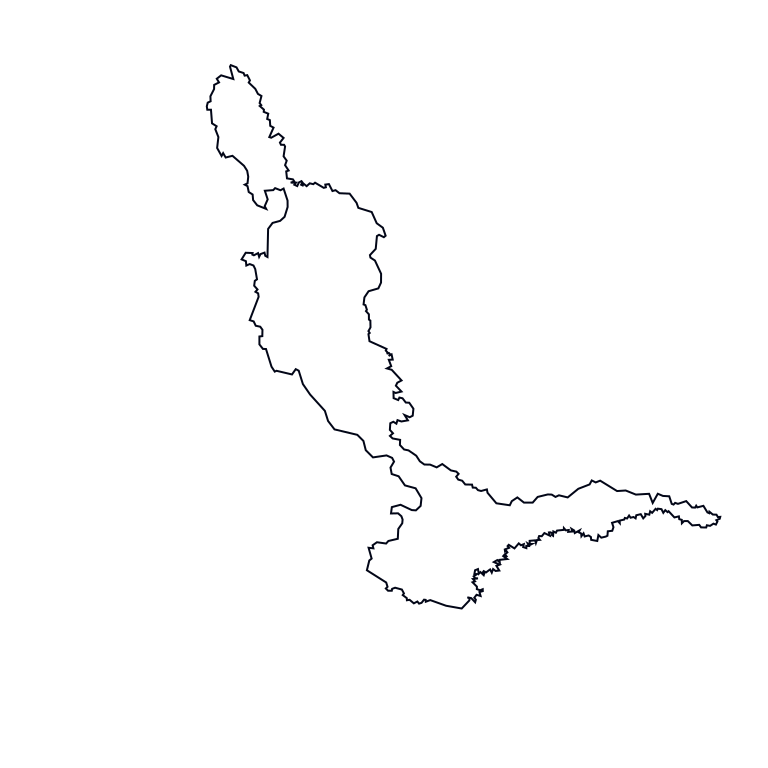 Medio San Juan (Andagoya), Chocó, Colombia (Robinson projection), rotated 315°
{"feature_id": "7082276B61520359869131", "entity_name": "Medio San Juan (Andagoya)", "entity_type": "district", "adm_level": 2, "iso_a3": "COL", "parent_name": "Colombia", "parent_adm1": "Chocó", "projection": "robinson", "projection_center": [-76.781, 4.808], "detail": "fine", "context": "isolated", "style": "outline", "palette": "ink", "viewbox_px": 768, "rotation_deg": 315, "n_neighbors": 0, "source": "geoboundaries", "source_scale": "gbopen_adm2", "svg_char_len": 6123}
<svg xmlns="http://www.w3.org/2000/svg" viewBox="0 0 768 768"><g transform="rotate(315 384 384)"><path d="M477.6,192.9L475.3,192.7L473.4,189.6L469.2,189.4L468.8,185.6L466.9,186.2L466.3,184.5L468.9,183.7L469.1,182.2L466.3,181.3L462.6,182.7L461.5,179.7L464.1,179.4L460.4,175.6L463.8,177.4L464.3,174.9L460.8,170.0L465.2,164.5L467.5,165.6L468.8,159.3L473.1,157.3L474.0,152.0L482.0,146.1L482.5,144.2L480.3,142.0L481.1,139.7L487.0,139.0L486.4,132.4L478.4,130.1L477.5,128.3L487.2,124.6L486.1,121.0L489.9,116.7L488.8,114.0L493.3,111.0L491.4,106.5L493.1,105.1L492.7,99.6L494.4,100.0L494.7,97.4L501.0,93.7L500.0,89.7L501.7,84.3L501.5,75.2L503.9,74.5L505.7,68.9L503.5,67.4L504.6,64.8L502.3,60.3L503.6,55.8L501.1,50.2L499.5,50.7L493.1,61.8L487.1,50.6L481.6,49.9L480.6,54.1L475.4,52.4L472.4,55.3L464.7,57.8L461.3,61.5L458.3,60.4L455.0,62.4L453.0,65.1L455.6,67.7L446.7,78.1L447.9,83.4L444.9,84.5L441.5,92.3L432.9,99.1L430.4,107.9L433.5,107.0L432.2,111.9L438.2,115.5L439.3,130.7L438.0,136.5L434.6,141.4L429.4,145.6L426.5,144.6L427.4,147.6L424.1,152.6L425.1,157.1L421.5,161.4L420.7,168.0L424.5,176.9L425.4,173.9L432.3,171.2L436.4,163.1L442.8,168.6L445.5,168.5L447.8,173.8L451.2,174.8L445.5,186.1L441.0,190.7L431.9,195.5L425.9,195.2L419.1,191.3L411.7,192.4L391.4,211.8L390.7,209.4L392.4,206.6L388.5,204.8L385.6,205.8L387.5,202.4L383.0,201.0L382.4,199.4L383.7,198.5L379.0,193.4L371.4,195.2L373.2,199.5L370.4,202.9L373.8,204.2L375.5,207.9L374.2,211.7L368.2,220.2L365.6,219.7L361.7,222.7L361.4,227.7L358.3,227.9L359.1,230.9L357.0,233.7L334.2,243.9L336.1,247.6L334.5,252.1L337.0,256.0L336.4,259.7L331.8,264.1L329.5,262.3L323.9,267.9L323.2,273.6L325.3,275.8L316.7,292.2L315.5,298.0L317.3,298.6L325.7,312.2L332.1,311.1L333.1,314.3L326.6,326.7L324.3,339.2L323.2,361.2L318.3,370.6L316.9,381.1L329.2,401.1L329.2,409.7L324.3,417.9L324.3,428.1L335.3,436.3L337.5,442.0L336.2,446.0L329.5,447.7L325.8,453.1L329.1,459.6L327.1,470.5L332.6,480.1L329.8,491.2L323.7,496.1L317.2,495.9L314.5,492.8L310.3,481.1L302.5,476.6L297.4,480.5L302.5,485.4L302.8,489.8L301.3,493.0L298.4,495.4L291.6,496.6L284.3,503.2L276.1,498.1L272.7,498.3L267.1,490.9L261.9,490.0L260.3,492.7L257.3,488.9L251.8,498.7L248.8,498.4L240.2,503.6L245.2,525.9L243.1,529.9L240.7,529.9L240.7,533.1L243.3,535.7L244.9,534.6L247.8,535.9L251.3,542.0L250.0,546.2L248.0,546.5L248.7,551.5L247.3,553.1L249.5,554.7L250.0,560.2L253.8,561.4L253.5,564.1L255.8,565.3L259.8,564.8L260.8,566.1L259.6,567.5L263.9,569.5L271.1,584.7L280.2,597.7L291.3,597.4L292.9,596.1L292.1,593.8L294.3,597.1L294.1,602.8L296.4,601.5L296.7,599.0L300.4,598.5L302.4,602.2L304.4,598.6L307.4,600.3L308.7,598.9L306.1,597.8L304.6,594.7L306.4,593.0L306.4,586.8L308.8,587.9L309.0,584.8L313.0,587.9L311.1,585.7L311.4,583.4L315.4,584.2L313.5,582.3L316.7,580.1L319.6,581.3L316.9,585.2L319.2,585.2L319.3,589.7L321.0,588.8L320.4,587.1L322.2,586.8L322.9,589.4L327.9,590.1L326.8,593.6L330.3,592.0L330.7,595.1L333.6,597.4L334.9,592.1L338.0,593.5L335.8,587.6L339.6,588.6L339.7,592.0L341.3,590.0L347.4,594.9L346.6,590.0L348.3,589.9L347.6,591.7L348.8,592.4L349.1,590.0L352.2,590.3L352.5,588.3L351.2,588.0L352.4,586.4L356.6,588.3L356.8,586.0L358.5,585.9L360.0,592.5L366.6,592.0L366.8,594.9L369.6,596.1L367.1,597.7L368.6,600.7L370.2,599.1L371.9,601.0L372.9,598.3L373.6,601.1L375.5,601.7L374.0,600.1L376.1,597.9L380.3,601.4L378.9,603.9L381.8,602.5L384.0,604.4L384.2,602.1L386.2,601.2L387.9,603.2L392.0,602.8L394.0,608.5L395.7,605.6L396.7,606.4L397.6,608.7L395.9,609.5L396.2,610.9L399.5,608.0L400.4,610.7L402.7,610.0L408.0,614.3L409.3,613.1L409.1,616.1L411.3,617.8L409.7,618.8L413.0,621.6L414.2,619.1L414.9,622.1L413.5,624.3L418.9,625.8L416.8,626.5L417.7,629.1L416.0,631.2L419.5,630.7L418.1,633.7L421.6,635.8L422.1,638.5L420.3,640.7L423.8,645.8L428.8,642.4L429.0,646.3L432.9,648.7L434.7,649.3L438.1,646.4L441.6,649.2L445.0,647.5L447.1,643.4L452.4,646.3L452.3,649.1L454.0,647.2L458.0,649.7L459.6,649.0L460.8,651.0L464.3,650.3L463.8,652.9L466.4,654.5L466.9,656.9L469.6,655.2L473.5,657.6L472.3,662.3L475.5,662.2L476.9,660.5L479.2,664.0L482.2,662.2L482.5,664.7L487.8,664.3L488.0,666.3L489.5,665.8L491.7,668.7L490.4,672.6L493.7,672.1L493.9,675.1L495.3,675.2L495.0,683.7L498.9,686.1L497.2,688.4L498.5,690.6L496.2,693.1L499.3,693.1L501.9,695.7L502.0,702.0L507.3,706.5L506.8,709.6L510.4,713.3L512.4,712.2L514.3,714.9L518.2,715.7L519.3,718.1L522.5,717.0L522.7,715.3L526.1,716.7L527.8,715.7L526.0,714.2L526.7,711.5L524.2,708.8L523.8,704.4L522.6,705.3L521.9,703.5L523.7,696.0L518.3,692.8L518.7,690.8L516.6,691.4L514.5,689.1L514.9,680.5L507.1,676.6L505.8,673.9L503.5,674.0L502.7,672.2L506.3,665.1L502.1,660.4L500.0,655.2L489.9,658.1L493.8,649.1L483.9,640.3L479.6,630.2L473.1,624.5L468.5,605.2L464.1,603.3L462.7,599.1L458.4,600.4L447.3,595.5L433.7,594.1L429.0,586.4L425.4,585.1L424.4,580.8L421.7,577.9L412.8,572.5L405.3,573.0L399.1,566.8L398.1,558.5L391.5,557.2L387.2,558.7L379.1,547.8L380.3,534.1L382.2,531.3L377.0,528.3L375.4,525.5L375.6,522.3L373.5,520.0L375.1,517.4L370.4,512.5L370.9,507.7L368.9,504.1L369.5,500.6L373.2,500.3L373.2,497.1L370.2,492.4L368.6,481.8L362.3,480.2L359.6,473.6L355.6,469.5L354.7,464.0L356.1,457.5L354.4,448.3L351.9,444.5L352.1,438.4L355.9,434.9L351.6,428.6L351.5,424.9L355.5,425.2L355.7,420.6L360.7,416.2L363.9,417.3L364.7,420.8L368.0,419.1L369.8,422.8L375.2,426.6L376.6,420.5L378.7,425.7L381.9,426.7L387.3,422.3L388.6,415.1L386.3,412.5L387.0,407.2L385.3,404.5L382.7,405.4L380.8,400.8L385.1,396.3L385.9,398.6L391.0,401.7L391.2,393.6L394.3,392.5L398.9,393.9L399.5,379.4L397.1,375.1L401.7,376.5L404.5,370.3L407.4,372.9L410.3,368.4L407.2,367.5L409.4,367.5L409.4,365.6L407.3,364.4L408.8,364.8L408.9,361.6L410.6,361.0L404.0,343.5L408.3,337.7L410.0,337.8L410.4,335.6L414.5,334.4L419.2,329.5L418.9,327.8L422.6,324.0L422.8,319.7L424.4,319.4L426.6,315.1L425.8,313.3L431.4,308.9L438.7,307.5L447.6,312.4L453.6,310.2L459.9,304.0L464.9,290.3L463.8,285.0L465.2,282.9L473.7,282.6L483.6,274.4L486.0,275.0L487.7,280.1L490.0,280.3L493.7,272.7L492.5,265.2L496.9,253.7L490.4,241.3L492.7,236.5L494.3,225.1L487.4,217.6L486.8,212.7L484.0,211.1L486.4,203.7L483.5,201.5L482.0,203.8L480.1,202.7L477.6,192.9Z" fill="none" stroke="#020617" stroke-width="2"/></g></svg>